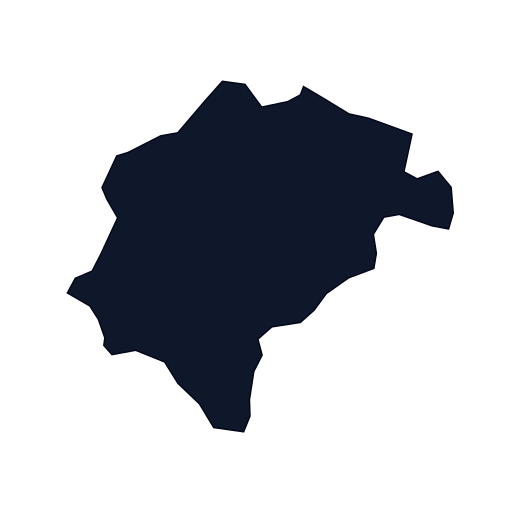 Norberg, Västmanland, Sweden, rotated 292°
{"feature_id": "70781695B94571539406434", "entity_name": "Norberg", "entity_type": "district", "adm_level": 2, "iso_a3": "SWE", "parent_name": "Sweden", "parent_adm1": "Västmanland", "projection": "mercator", "projection_center": [15.975, 60.085], "detail": "fine", "context": "isolated", "style": "filled", "palette": "ink", "viewbox_px": 512, "rotation_deg": 292, "n_neighbors": 0, "source": "geoboundaries", "source_scale": "gbopen_adm2", "svg_char_len": 867}
<svg xmlns="http://www.w3.org/2000/svg" viewBox="0 0 512 512"><g transform="rotate(292 256 256)"><path d="M88.4,310.4L105.3,310.4L120.2,303.8L148.2,297.2L166.4,298.8L179.6,288.9L196.2,297.2L211.0,322.0L227.6,330.2L247.4,335.2L270.5,350.1L288.7,369.9L303.6,366.6L320.1,356.7L339.9,360.0L348.2,373.2L349.9,407.9L353.2,424.4L361.1,423.6L369.7,422.8L392.8,411.2L402.7,393.0L387.9,376.5L389.5,361.6L427.5,355.0L425.9,308.8L422.6,288.9L427.5,259.2L430.9,236.6L422.0,236.8L411.0,227.6L396.2,205.5L411.0,181.5L405.4,159.4L379.6,150.2L340.9,137.3L331.7,122.6L304.1,98.6L298.8,92.1L296.7,89.4L261.7,87.6L252.5,96.8L239.6,113.4L200.9,111.5L180.6,109.7L167.7,96.8L151.5,95.0L151.1,94.9L147.4,120.7L138.2,133.6L123.5,146.5L116.1,148.4L110.6,159.4L123.5,179.7L123.5,211.0L108.7,231.3L97.7,259.0L81.1,281.1L88.4,310.4Z" fill="#0f172a" stroke="#020617" stroke-width="1.5"/></g></svg>